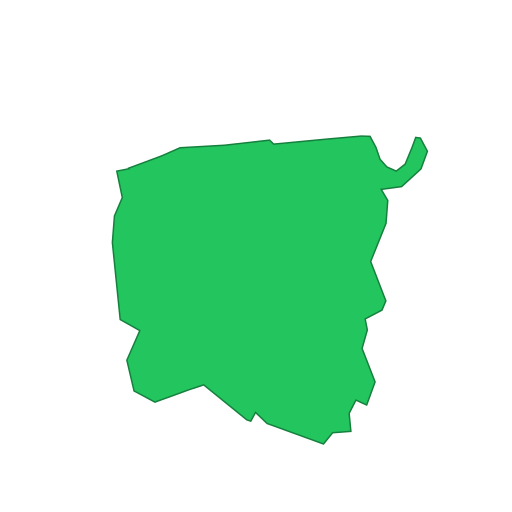 the District of Craigavon, rotated 24°
{"feature_id": "GBR-2088", "entity_name": "Craigavon", "entity_type": "District", "adm_level": 1, "iso_a3": "GBR", "parent_name": "United Kingdom", "parent_adm1": "", "projection": "mercator", "projection_center": [-6.356, 54.494], "detail": "fine", "context": "isolated", "style": "filled", "palette": "green", "viewbox_px": 512, "rotation_deg": 24, "n_neighbors": 0, "source": "natural_earth", "source_scale": "10m", "svg_char_len": 801}
<svg xmlns="http://www.w3.org/2000/svg" viewBox="0 0 512 512"><g transform="rotate(24 256 256)"><path d="M223.1,430.6L199.5,428.9L180.4,403.7L180.2,371.4L157.8,369.3L119.3,302.1L110.4,277.0L110.1,257.0L94.3,235.1L104.4,228.0L103.9,227.6L129.0,203.0L142.6,188.0L182.2,167.6L221.3,144.6L226.6,146.6L274.4,119.7L303.2,103.7L311.5,100.3L321.3,107.9L330.0,117.2L339.3,121.4L349.6,121.4L354.9,111.3L354.4,93.6L353.7,82.7L358.2,81.4L370.0,90.6L371.3,109.3L360.8,133.4L343.3,144.2L353.8,151.7L361.5,173.3L363.0,214.4L392.9,244.2L393.1,254.2L381.3,269.1L387.8,278.3L390.5,297.3L416.0,322.6L417.7,347.1L405.9,347.0L405.1,361.9L414.0,377.6L397.9,386.3L394.1,400.3L334.3,404.5L319.2,399.1L318.4,409.0L314.1,409.4L260.6,395.0L248.9,405.7L223.1,430.6Z" fill="#22c55e" stroke="#15803d" stroke-width="1.5"/></g></svg>